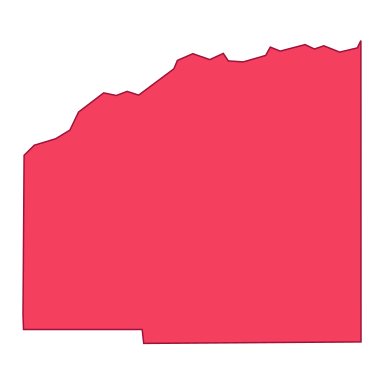 outline of Hopkins, Texas, United States of America
{"feature_id": "52423323B1297205264682", "entity_name": "Hopkins", "entity_type": "district", "adm_level": 2, "iso_a3": "USA", "parent_name": "United States of America", "parent_adm1": "Texas", "projection": "robinson", "projection_center": [-95.58, 33.169], "detail": "fine", "context": "isolated", "style": "filled", "palette": "rose", "viewbox_px": 384, "rotation_deg": 0, "n_neighbors": 0, "source": "geoboundaries", "source_scale": "gbopen_adm2", "svg_char_len": 477}
<svg xmlns="http://www.w3.org/2000/svg" viewBox="0 0 384 384"><path d="M361.0,341.9L360.9,40.6L357.3,47.9L339.7,52.1L323.8,45.8L314.4,49.0L305.1,44.6L280.2,51.1L270.3,47.1L265.7,55.4L243.3,61.9L228.3,60.9L223.3,53.4L209.8,59.6L192.8,53.7L177.4,60.4L173.9,68.8L138.7,95.1L127.1,91.4L116.3,95.5L103.7,92.9L78.6,112.0L69.9,130.1L55.5,138.8L34.3,145.2L24.1,155.3L23.0,314.6L23.5,329.5L142.2,329.5L143.7,343.4L361.0,341.9Z" fill="#f43f5e" stroke="#9f1239" stroke-width="1.5"/></svg>